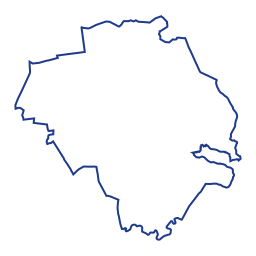 Saukas pag., Viesites, Latvia
{"feature_id": "27541924B65638729779060", "entity_name": "Saukas pag.", "entity_type": "district", "adm_level": 2, "iso_a3": "LVA", "parent_name": "Latvia", "parent_adm1": "Viesites", "projection": "mercator", "projection_center": [25.443, 56.28], "detail": "fine", "context": "isolated", "style": "outline", "palette": "blue", "viewbox_px": 256, "rotation_deg": 0, "n_neighbors": 0, "source": "geoboundaries", "source_scale": "gbopen_adm2", "svg_char_len": 5792}
<svg xmlns="http://www.w3.org/2000/svg" viewBox="0 0 256 256"><path d="M227.9,187.2L228.4,187.0L229.0,186.3L229.9,185.1L230.0,185.1L230.7,183.5L230.9,182.9L231.3,181.9L231.9,180.4L232.5,179.7L233.2,176.7L233.8,176.0L234.0,175.0L234.0,174.6L233.0,173.0L232.8,171.3L232.9,170.4L232.7,169.4L232.0,168.7L230.4,167.6L228.6,167.3L226.9,166.7L225.1,164.9L223.5,164.3L221.3,163.9L219.9,163.5L219.3,163.6L219.2,163.8L218.0,163.7L217.6,163.5L217.0,163.5L215.9,162.9L214.2,162.4L213.4,162.0L211.4,162.4L210.8,162.3L208.4,161.1L207.6,160.5L205.1,158.1L204.9,157.7L203.0,156.8L202.1,156.6L201.6,156.6L200.9,157.0L199.9,157.3L199.4,157.7L197.9,157.3L197.3,157.4L196.6,157.3L196.1,157.0L195.0,156.0L194.7,155.5L194.1,155.2L193.9,154.8L193.7,153.8L193.6,153.5L193.2,153.1L192.6,152.7L193.7,152.5L194.3,152.7L194.6,152.5L194.9,152.5L195.3,152.3L195.5,152.3L195.5,152.0L195.8,152.0L195.9,152.3L196.0,152.3L196.6,152.0L196.6,152.4L196.8,152.4L197.3,151.8L197.8,151.7L198.1,151.8L198.3,151.6L198.5,151.7L198.9,151.7L199.1,151.7L199.3,151.6L199.5,151.8L199.8,151.5L199.8,151.1L200.4,150.8L200.7,150.1L200.5,149.3L200.7,148.9L200.6,148.7L200.4,148.4L200.8,148.0L200.9,147.8L201.0,147.6L200.6,146.7L201.0,146.3L201.2,146.0L201.3,145.6L201.3,145.4L201.3,145.2L202.1,145.3L202.3,145.0L202.8,145.5L203.1,145.4L203.7,146.3L203.9,146.0L204.3,146.1L204.7,145.9L205.3,146.1L205.3,145.9L205.2,145.8L205.3,145.5L205.6,145.8L206.1,145.8L206.2,145.4L206.4,145.0L206.5,145.1L207.1,145.3L208.2,146.2L208.5,146.5L209.4,147.8L210.1,148.5L210.8,148.9L211.6,149.1L214.1,149.3L216.7,149.9L218.4,150.8L219.0,151.2L220.0,151.6L221.9,151.8L223.2,151.6L225.3,152.4L225.4,152.0L226.6,152.6L227.7,153.3L229.4,154.1L229.6,155.9L229.6,156.3L230.3,157.3L230.2,157.6L230.3,159.7L230.4,161.2L232.7,160.0L237.9,159.2L238.6,160.5L240.6,158.8L240.2,156.3L239.5,156.2L239.1,156.0L236.4,153.9L236.2,153.3L236.2,151.2L236.2,150.5L235.5,149.0L235.2,147.8L235.3,147.5L235.5,147.0L236.5,144.1L237.1,143.0L237.1,142.6L236.9,141.9L235.4,141.3L234.9,141.2L234.1,140.3L232.7,140.6L231.9,140.4L230.1,139.0L231.0,136.6L230.9,134.7L231.0,134.0L232.0,132.0L232.4,131.2L233.3,129.8L233.9,128.5L234.7,127.2L235.0,126.6L235.1,125.9L235.2,125.3L235.2,123.9L235.7,121.2L235.9,120.5L236.7,118.5L237.0,117.4L237.1,116.1L237.0,115.3L236.9,114.6L236.3,113.2L235.9,112.5L233.4,109.4L232.6,107.3L232.8,107.3L232.7,106.9L232.4,106.5L230.6,103.8L228.0,98.7L227.6,98.2L226.8,97.2L224.7,95.8L222.9,94.0L220.8,92.7L220.2,92.1L219.2,90.8L217.2,86.9L216.8,85.9L216.2,83.6L216.1,83.0L216.1,82.4L216.7,80.3L216.6,79.9L208.5,76.0L200.9,72.5L200.0,71.8L198.0,67.5L196.9,64.9L196.2,63.6L191.2,52.4L189.5,49.0L188.5,46.9L187.3,43.5L185.8,39.6L185.1,38.1L183.2,38.2L179.3,37.7L177.2,37.7L177.0,37.9L176.5,39.2L176.1,39.4L174.3,39.6L172.7,39.4L169.3,42.4L165.4,42.1L160.7,39.4L160.4,39.2L160.3,38.9L160.3,36.2L160.2,35.9L159.0,34.3L159.8,31.8L159.7,31.4L160.0,31.4L167.1,26.9L167.3,26.7L167.4,26.3L167.2,23.6L167.0,23.4L167.1,23.2L167.0,21.8L163.0,17.6L161.2,16.5L161.1,16.3L155.6,18.3L149.6,22.6L148.0,22.4L142.9,22.0L139.2,21.8L138.3,21.7L135.8,20.3L134.2,21.2L133.5,21.4L130.7,20.3L130.3,20.4L129.6,20.8L128.9,21.1L123.8,21.1L123.4,21.5L122.8,22.4L121.6,24.3L119.5,26.4L119.1,26.5L118.5,26.4L109.7,21.8L109.3,21.7L108.7,21.8L107.1,21.5L106.0,21.5L96.2,24.9L90.0,28.0L88.8,28.4L88.0,28.4L83.4,27.9L81.6,27.3L81.5,27.5L84.8,51.9L80.9,52.5L66.6,54.3L57.0,55.6L57.7,58.0L57.0,58.1L56.8,58.0L56.4,58.3L53.8,59.0L48.7,60.4L46.6,60.7L39.2,62.8L32.7,63.5L29.6,61.7L29.7,66.6L30.1,71.7L29.8,73.4L26.2,81.2L21.5,91.4L18.5,97.5L17.0,101.0L15.4,105.2L15.6,108.6L16.1,108.4L16.2,108.6L17.9,107.9L20.3,107.9L23.7,110.3L22.2,115.3L23.2,117.7L23.5,119.7L34.1,118.4L33.7,122.9L47.0,124.5L47.6,128.4L47.8,129.3L48.5,130.9L48.9,131.0L53.4,130.4L53.3,134.3L50.7,134.6L48.7,135.2L48.6,135.4L48.2,136.4L48.2,138.5L47.0,139.8L46.7,141.7L46.7,142.0L47.3,144.0L48.3,143.7L48.7,143.4L49.8,143.1L50.9,143.1L53.1,141.4L58.3,149.6L62.5,156.3L62.6,156.6L63.5,157.6L63.8,158.7L64.4,159.9L68.3,165.5L68.4,165.9L68.9,166.5L70.7,169.4L71.5,171.3L71.9,171.7L73.3,174.4L78.0,169.9L79.1,169.1L83.7,166.5L89.5,166.7L94.3,166.6L96.4,166.8L96.9,169.9L97.7,174.1L98.7,181.4L106.4,195.8L108.1,195.9L110.8,196.6L118.4,199.8L118.0,202.3L117.5,207.8L118.2,213.9L118.8,215.9L119.6,220.2L120.4,224.2L121.9,228.9L122.3,228.8L123.3,229.0L123.7,228.8L124.7,228.3L125.0,228.2L125.6,228.3L126.1,228.6L126.0,229.1L125.5,230.1L125.5,230.3L125.8,230.9L126.3,231.3L128.0,230.8L129.3,230.0L130.2,229.4L130.5,228.9L130.6,228.3L131.2,226.5L131.6,225.8L132.0,225.3L132.5,225.1L133.8,224.7L135.0,224.7L135.8,225.1L136.7,226.2L137.0,226.3L137.6,226.2L138.0,225.9L139.3,225.7L140.0,225.7L141.0,226.0L141.6,226.5L142.0,227.0L142.2,227.6L142.2,229.0L142.1,231.3L142.2,231.6L142.7,231.9L145.5,233.1L146.2,233.5L147.7,234.7L148.1,234.8L148.5,234.7L149.1,234.3L150.1,232.8L150.5,232.5L151.5,232.5L153.1,232.7L153.6,232.6L154.2,232.2L154.9,230.8L155.3,230.4L155.8,230.3L156.0,230.4L156.7,231.2L157.6,233.5L157.9,234.7L157.8,235.0L157.0,236.2L156.7,237.3L156.5,238.3L156.7,238.7L157.7,239.5L159.0,239.7L159.8,239.5L163.2,236.6L165.1,235.7L167.8,234.8L169.1,234.6L169.6,234.3L170.2,233.7L170.6,233.0L170.9,230.1L170.9,229.7L170.5,229.2L170.1,229.0L168.5,228.5L167.9,228.5L167.3,228.2L166.7,227.7L166.6,227.0L166.8,226.4L170.8,221.5L171.1,221.2L171.9,221.2L172.2,221.5L173.1,223.3L173.4,223.7L174.9,223.6L175.3,223.4L175.5,222.9L175.5,222.5L174.5,219.6L174.5,219.1L174.7,218.8L175.0,218.6L177.0,218.0L178.1,218.1L179.4,218.8L181.7,219.7L183.3,217.0L189.2,206.1L196.5,196.7L198.8,193.5L200.8,191.8L202.1,189.7L202.3,189.4L202.6,188.7L205.2,184.8L205.6,183.9L210.6,184.0L212.9,183.7L216.8,183.7L218.0,184.3L219.4,184.8L220.0,184.6L220.3,184.7L221.3,185.3L222.8,186.4L224.6,186.9L226.4,187.6L227.9,187.2Z" fill="none" stroke="#1e3a8a" stroke-width="2"/></svg>